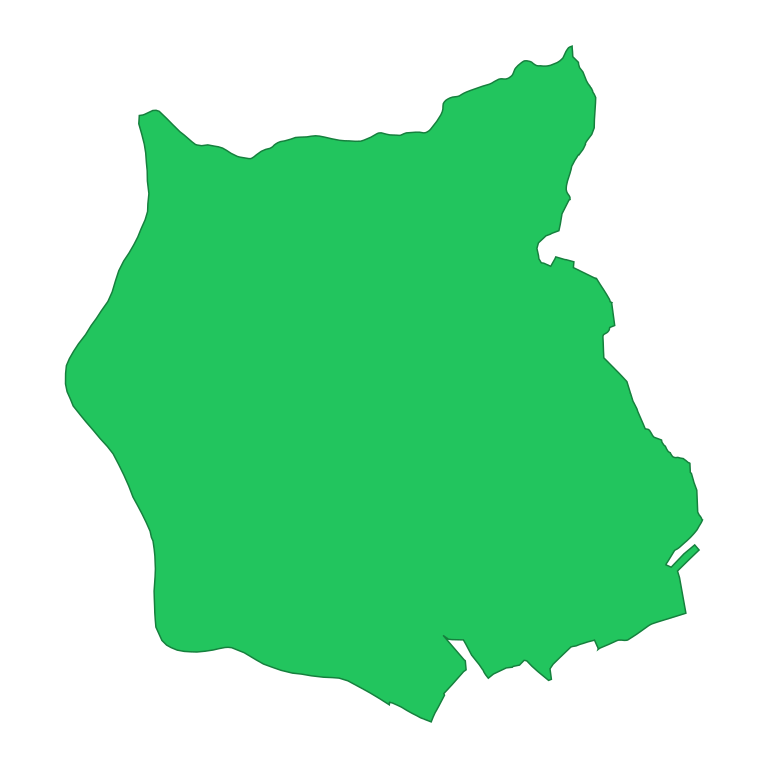 the district of Krustpils pag., Krustpils, Latvia
{"feature_id": "27541924B89257742122528", "entity_name": "Krustpils pag.", "entity_type": "district", "adm_level": 2, "iso_a3": "LVA", "parent_name": "Latvia", "parent_adm1": "Krustpils", "projection": "mercator", "projection_center": [25.858, 56.572], "detail": "fine", "context": "isolated", "style": "filled", "palette": "green", "viewbox_px": 768, "rotation_deg": 0, "n_neighbors": 0, "source": "geoboundaries", "source_scale": "gbopen_adm2", "svg_char_len": 6029}
<svg xmlns="http://www.w3.org/2000/svg" viewBox="0 0 768 768"><path d="M608.7,644.4L617.0,640.6L618.6,640.1L621.6,640.1L624.3,640.4L626.3,640.3L627.7,640.0L634.7,635.5L636.7,634.2L648.6,625.7L649.9,624.9L651.6,624.0L653.9,623.2L657.2,622.1L685.9,613.2L679.5,577.6L677.5,571.0L690.0,558.7L699.1,550.0L694.7,544.9L684.0,553.8L671.2,567.2L665.9,564.8L666.6,563.2L667.3,562.3L668.8,559.9L674.5,550.6L675.3,549.9L677.0,549.1L678.6,548.0L679.5,547.3L685.2,542.2L686.4,541.2L690.8,537.0L693.3,534.3L694.7,532.7L696.9,530.0L697.9,528.3L699.0,526.3L701.2,522.7L701.8,521.5L702.5,519.9L702.1,519.7L701.8,519.3L701.5,518.3L700.5,516.6L699.9,515.8L699.4,515.4L697.7,512.1L696.8,490.2L693.9,482.3L693.3,480.0L691.4,473.4L690.3,472.4L689.9,463.3L689.1,462.8L688.3,462.6L685.6,460.3L684.4,459.5L683.4,458.6L680.0,458.0L677.9,457.4L677.1,457.4L676.3,457.6L675.3,457.6L673.6,457.2L672.7,456.6L672.0,455.8L670.6,453.6L670.3,452.8L668.9,452.0L668.3,451.6L667.9,451.1L667.6,450.6L666.6,449.0L665.8,447.2L665.3,446.2L663.9,445.1L662.0,442.3L661.5,440.0L654.5,437.4L653.8,437.0L652.4,435.3L651.8,434.1L649.8,430.8L648.9,429.8L648.5,429.5L647.8,429.3L645.2,428.8L643.3,424.2L637.8,411.6L636.9,408.8L633.5,402.1L633.1,401.6L630.6,393.5L630.2,393.0L630.3,392.7L626.9,381.6L619.8,374.0L603.8,357.8L603.7,355.0L603.5,351.5L603.2,342.8L602.9,337.0L603.0,335.9L603.2,335.3L603.7,334.6L604.2,334.2L606.7,332.8L607.7,332.0L608.4,331.1L608.9,330.5L609.3,329.5L609.7,327.5L614.7,325.5L611.7,303.1L612.0,302.7L610.2,301.7L609.9,300.6L609.5,299.5L607.8,296.5L606.8,294.8L604.0,290.3L600.2,284.5L596.4,278.4L595.9,278.3L595.3,278.1L595.3,278.4L573.4,267.6L573.9,261.8L565.8,259.6L565.3,259.7L555.8,256.9L554.8,259.1L550.7,266.3L543.8,263.2L541.3,262.8L538.9,258.8L538.5,255.6L536.9,248.4L537.7,245.6L537.8,245.1L538.5,242.8L546.0,235.8L550.3,234.2L551.9,233.3L558.9,230.7L560.3,224.1L562.0,213.8L569.0,200.0L570.1,199.5L569.9,198.0L570.0,197.7L569.7,196.7L569.4,196.1L567.4,193.2L566.7,191.7L566.5,190.9L566.2,189.5L566.3,187.1L566.5,185.4L567.5,181.0L570.1,172.9L570.6,171.0L571.0,169.8L571.5,167.3L571.7,166.5L571.9,165.8L572.4,165.0L573.0,163.9L574.8,160.4L576.7,157.5L577.5,156.1L578.5,154.7L578.9,154.9L582.7,149.8L583.4,148.7L585.5,144.3L585.3,143.7L585.9,142.4L586.9,140.8L590.6,135.9L591.7,134.5L594.2,127.9L594.4,119.8L595.5,102.9L595.7,97.6L595.2,96.4L594.1,94.0L592.8,92.1L592.7,91.1L592.3,90.3L591.9,89.4L591.3,88.1L590.6,87.5L590.0,86.3L589.2,85.2L588.1,83.8L586.4,80.7L584.0,74.6L582.9,71.9L579.7,67.8L579.4,67.1L578.6,64.3L578.4,62.3L578.2,62.1L572.8,56.7L572.5,51.5L572.2,48.1L572.1,46.1L569.8,47.0L568.5,47.8L567.3,49.4L566.0,51.4L563.6,56.6L562.9,58.0L561.4,59.5L559.7,61.0L557.2,62.6L550.5,65.3L547.7,65.9L545.8,66.1L543.3,66.1L540.5,65.8L538.7,65.9L537.1,65.7L535.7,65.2L533.3,63.6L531.8,62.3L530.7,61.7L529.4,61.3L526.8,60.8L524.9,60.8L523.6,61.2L521.5,62.6L518.0,65.5L515.6,68.1L514.8,69.3L513.4,72.9L512.6,74.6L511.7,75.8L510.6,76.7L508.6,78.1L507.3,78.6L505.9,79.0L503.9,79.0L501.8,78.8L500.2,78.9L498.6,79.3L494.4,81.5L491.8,83.1L489.4,84.2L482.6,86.2L470.9,90.3L466.5,92.0L463.9,93.2L461.6,94.5L459.4,95.9L457.4,96.5L452.6,97.1L450.1,97.9L447.9,99.0L446.0,100.2L444.5,101.7L443.3,103.6L443.0,105.9L442.9,108.9L442.3,111.6L440.9,114.8L436.8,121.3L430.4,129.5L429.0,130.8L427.1,132.0L425.4,132.7L423.7,132.9L419.5,132.2L415.7,132.2L406.3,132.9L404.0,133.7L400.7,135.2L399.4,135.4L396.9,135.2L389.8,134.9L386.4,134.2L381.5,132.9L379.9,132.9L378.3,133.1L376.6,133.9L370.9,137.2L364.1,140.1L360.7,141.2L355.3,141.3L349.1,140.9L344.9,140.8L339.5,140.3L331.8,138.8L324.5,137.1L319.3,136.1L315.5,135.8L311.2,136.2L306.9,136.9L299.5,137.2L295.5,137.5L290.7,139.2L284.6,140.9L280.5,141.6L277.8,142.7L275.8,143.9L274.2,145.1L272.6,146.8L270.1,148.3L265.7,149.4L261.3,151.3L256.3,154.9L254.0,156.8L252.0,158.1L250.7,158.6L248.8,158.6L239.8,157.1L237.3,156.4L231.0,153.3L226.6,150.4L222.6,148.1L218.4,146.8L214.8,146.2L207.8,144.9L201.6,145.7L197.1,145.0L195.5,144.5L192.2,142.0L184.0,134.9L180.0,131.8L172.6,124.5L166.5,118.3L159.2,111.3L156.1,110.3L152.8,110.5L144.5,114.4L142.8,115.0L139.3,115.5L138.8,123.8L141.8,134.3L144.3,144.2L145.7,152.9L146.4,162.5L147.2,170.8L147.4,181.0L148.9,193.7L147.9,203.7L147.6,211.5L145.1,219.9L141.2,228.6L137.8,237.0L133.9,244.6L129.1,252.9L123.7,261.0L118.8,270.7L115.5,280.8L112.2,291.9L107.9,301.5L101.4,310.7L96.4,318.4L91.2,325.5L85.6,334.6L78.5,343.8L73.6,351.3L69.4,358.6L66.4,365.6L65.6,373.5L65.5,383.9L67.1,391.7L70.5,399.3L73.2,406.0L80.6,415.3L86.0,421.9L93.2,430.2L100.2,438.6L107.5,446.6L113.1,453.8L118.8,464.7L124.0,475.3L128.8,486.1L133.0,497.1L137.6,505.5L141.9,513.6L146.2,522.4L150.1,531.2L151.4,537.3L153.0,540.9L154.2,549.3L154.9,556.1L155.4,568.9L155.1,576.5L154.6,583.9L154.1,591.1L154.3,598.2L154.6,605.9L154.8,612.7L155.3,620.2L155.9,627.1L161.9,640.4L166.6,645.1L171.1,647.6L177.2,650.1L184.2,651.4L190.6,651.8L196.9,652.0L205.2,651.2L213.1,650.0L219.1,648.6L224.9,647.5L228.1,647.3L231.7,647.7L244.2,652.7L256.2,659.9L263.4,664.0L272.4,667.3L281.0,670.3L292.4,673.1L301.6,674.1L311.3,675.8L323.4,677.2L332.4,677.6L339.1,678.1L347.8,680.8L359.7,687.2L369.9,692.8L378.9,698.2L389.3,704.8L389.5,702.9L389.4,702.4L389.6,702.2L389.8,702.2L391.2,702.8L392.0,702.8L397.4,705.2L401.2,707.0L407.0,710.5L412.2,713.4L416.4,715.5L420.6,717.8L431.2,721.9L433.1,717.1L435.1,712.7L436.5,710.3L438.8,706.1L444.5,695.2L443.8,693.6L452.3,684.4L463.6,671.6L466.1,669.8L465.3,660.8L464.0,659.7L443.1,635.4L448.4,639.2L451.6,639.6L463.4,639.9L465.9,644.3L471.6,655.1L479.2,664.6L482.4,669.3L483.0,670.0L484.1,672.4L485.7,674.9L488.3,678.2L493.5,674.0L506.3,667.9L512.4,667.2L513.1,666.4L519.5,665.1L524.1,660.3L526.7,660.8L531.9,666.2L537.8,671.5L548.6,680.4L551.4,679.3L550.0,668.8L553.1,664.2L559.6,657.8L568.6,649.2L570.9,647.0L572.5,646.5L576.1,645.9L579.8,644.4L583.2,643.4L587.8,641.9L594.0,640.3L594.5,640.1L597.2,646.2L597.3,646.2L597.7,647.2L598.0,648.0L598.1,648.6L598.1,649.2L598.0,649.5L598.8,648.9L599.5,648.4L600.4,647.9L608.7,644.4Z" fill="#22c55e" stroke="#15803d" stroke-width="1.5"/></svg>